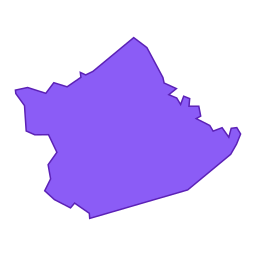 outline of Bourbon, Kentucky, United States of America
{"feature_id": "52423323B16131494513881", "entity_name": "Bourbon", "entity_type": "district", "adm_level": 2, "iso_a3": "USA", "parent_name": "United States of America", "parent_adm1": "Kentucky", "projection": "natural_earth1", "projection_center": [-84.211, 38.219], "detail": "fine", "context": "isolated", "style": "filled", "palette": "violet", "viewbox_px": 256, "rotation_deg": 0, "n_neighbors": 0, "source": "geoboundaries", "source_scale": "gbopen_adm2", "svg_char_len": 665}
<svg xmlns="http://www.w3.org/2000/svg" viewBox="0 0 256 256"><path d="M34.8,134.8L48.5,134.7L56.9,152.3L48.1,164.7L50.6,178.9L44.7,190.8L54.4,199.6L70.5,207.9L74.6,203.1L89.3,213.3L89.7,218.4L187.7,189.9L230.7,154.3L236.5,144.2L240.6,134.0L236.8,127.6L231.2,128.3L228.8,137.2L222.1,127.7L213.1,131.1L209.8,125.5L196.2,118.6L200.7,116.1L198.8,106.2L189.0,106.2L189.7,98.6L183.7,96.2L180.6,104.5L176.7,98.0L168.8,94.7L176.4,88.6L164.1,83.0L162.9,77.5L146.9,47.6L133.7,37.6L92.9,71.4L85.7,74.9L80.3,72.4L80.9,77.3L67.1,86.8L53.8,82.7L45.8,93.3L27.6,87.5L15.4,90.1L15.8,93.6L24.5,105.6L26.2,131.0L34.8,134.8Z" fill="#8b5cf6" stroke="#5b21b6" stroke-width="1.5"/></svg>